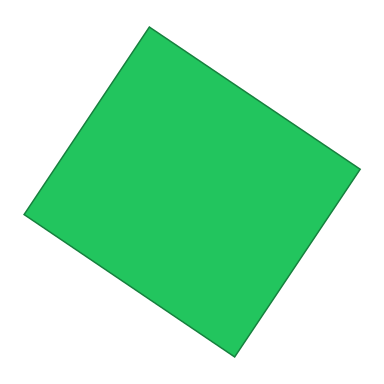 outline of Motley, Texas, United States of America, rotated 124°
{"feature_id": "52423323B8649342389596", "entity_name": "Motley", "entity_type": "district", "adm_level": 2, "iso_a3": "USA", "parent_name": "United States of America", "parent_adm1": "Texas", "projection": "natural_earth1", "projection_center": [-100.804, 34.074], "detail": "fine", "context": "isolated", "style": "filled", "palette": "green", "viewbox_px": 384, "rotation_deg": 124, "n_neighbors": 0, "source": "geoboundaries", "source_scale": "gbopen_adm2", "svg_char_len": 249}
<svg xmlns="http://www.w3.org/2000/svg" viewBox="0 0 384 384"><g transform="rotate(124 192 192)"><path d="M304.6,318.6L304.9,64.4L120.2,65.1L79.1,65.3L79.1,161.7L79.1,319.6L304.6,318.6Z" fill="#22c55e" stroke="#15803d" stroke-width="1.5"/></g></svg>